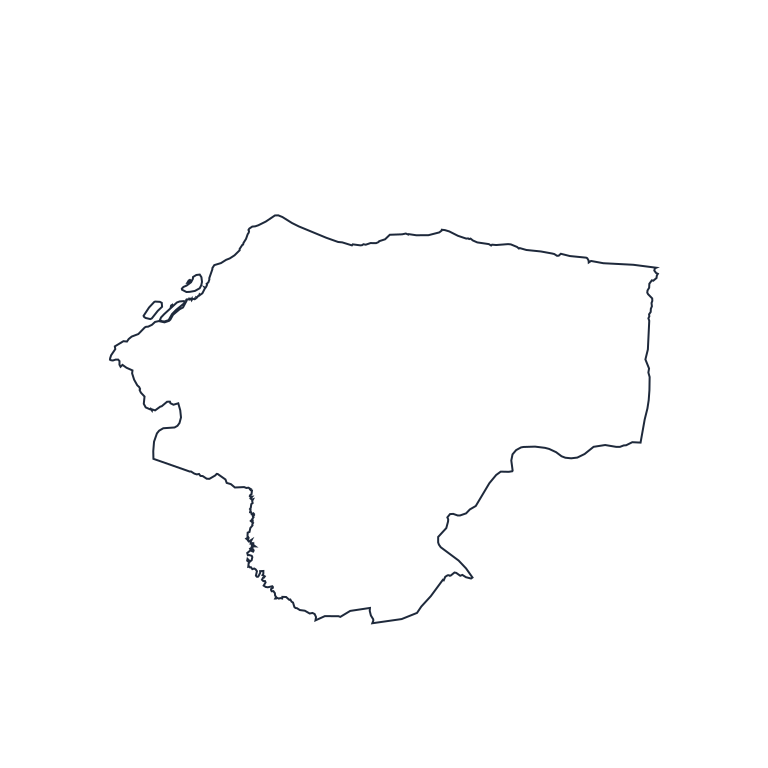 outline of Tanah Bumbu, Kalimantan Selatan, Indonesia, rotated 211°
{"feature_id": "22746128B5843223707622", "entity_name": "Tanah Bumbu", "entity_type": "district", "adm_level": 2, "iso_a3": "IDN", "parent_name": "Indonesia", "parent_adm1": "Kalimantan Selatan", "projection": "albers", "projection_center": [115.836, -3.459], "detail": "fine", "context": "isolated", "style": "outline", "palette": "slate", "viewbox_px": 768, "rotation_deg": 211, "n_neighbors": 0, "source": "geoboundaries", "source_scale": "gbopen_adm2", "svg_char_len": 6171}
<svg xmlns="http://www.w3.org/2000/svg" viewBox="0 0 768 768"><g transform="rotate(211 384 384)"><path d="M133.9,465.9L142.3,487.9L145.6,498.7L148.8,506.5L153.3,515.4L159.9,526.8L163.3,530.0L164.8,533.8L172.6,539.7L175.6,549.5L189.2,574.8L191.2,576.5L191.4,578.6L192.7,580.3L192.5,583.1L194.0,585.9L194.4,588.6L196.4,591.2L196.8,593.4L198.2,595.5L203.9,597.0L205.4,597.9L206.3,599.9L206.3,603.1L208.2,606.6L207.8,610.8L206.4,611.2L205.0,615.2L206.0,617.5L206.0,619.5L207.9,619.3L210.7,620.4L211.4,622.6L210.5,623.9L231.7,614.6L258.2,600.5L269.9,596.1L271.1,593.6L272.2,595.2L274.6,596.5L275.8,596.4L290.6,589.4L299.5,586.7L300.3,584.0L301.7,583.0L305.0,583.1L307.2,582.4L317.8,578.4L331.0,572.2L337.7,570.4L338.1,569.6L340.5,570.0L347.2,569.0L349.7,567.8L359.4,560.9L363.1,559.1L363.5,557.9L366.2,557.9L377.0,553.4L381.7,552.8L384.7,553.2L385.6,552.1L386.9,552.1L388.4,551.0L391.5,550.3L397.0,549.1L406.6,548.4L411.0,547.3L413.9,546.0L413.6,545.2L414.7,542.4L422.6,534.4L433.0,528.1L440.0,525.2L440.1,524.6L442.8,524.2L445.6,521.6L455.9,514.9L457.6,508.6L461.7,503.9L461.8,502.8L463.3,500.7L468.2,497.8L471.4,494.0L473.6,493.2L474.3,491.7L475.6,490.7L482.7,487.6L482.9,486.3L492.7,483.9L496.5,482.1L508.9,479.6L538.2,475.2L545.8,474.6L557.1,474.8L561.5,474.1L564.3,472.3L569.0,462.3L573.5,455.3L575.6,452.8L578.0,451.1L579.5,447.8L579.5,446.2L578.4,445.5L577.9,444.0L578.0,442.2L577.0,437.3L577.1,432.5L576.6,431.0L577.1,430.2L577.3,425.4L576.6,424.3L578.4,417.3L580.9,412.2L583.3,409.1L586.0,403.7L590.7,398.5L590.8,395.0L590.2,393.9L588.3,384.8L587.5,383.6L586.9,380.7L587.6,378.5L586.8,378.0L586.5,375.8L586.6,374.5L587.3,374.4L586.8,374.2L586.4,368.2L587.6,365.5L588.2,365.7L587.9,364.6L588.5,364.2L588.9,361.8L589.5,361.7L589.1,361.2L589.5,360.0L590.1,360.0L590.1,359.1L592.1,358.4L592.1,357.5L592.6,358.1L592.6,357.3L593.1,357.7L593.9,357.4L594.0,356.5L594.9,356.7L594.8,356.0L596.4,355.1L596.2,353.8L596.8,354.0L596.8,353.8L596.1,353.5L595.7,346.1L597.7,342.8L600.5,334.7L600.3,329.1L600.8,327.4L603.9,323.8L609.5,321.9L612.2,319.3L613.4,315.2L615.7,311.7L617.5,310.4L618.2,309.2L620.3,300.3L624.7,294.7L626.0,291.1L626.2,288.0L629.4,286.5L634.1,277.6L632.3,275.5L632.7,268.1L632.0,265.0L631.4,263.7L630.1,263.8L628.5,264.5L626.6,266.7L624.5,268.0L622.5,267.4L620.7,264.3L618.7,263.1L618.0,265.7L613.1,265.3L606.6,266.1L605.4,263.4L600.4,259.0L594.8,255.8L592.3,255.3L590.5,254.1L590.4,253.0L588.0,251.4L582.8,249.9L579.7,243.3L576.2,241.2L571.5,241.8L571.3,242.6L569.2,241.7L569.6,242.8L566.6,243.5L564.1,249.4L563.1,250.4L560.8,257.1L558.4,258.6L557.2,257.5L553.8,257.8L550.4,261.5L545.1,256.5L540.8,250.8L539.2,245.2L539.5,241.8L541.1,238.9L550.4,232.4L552.7,228.2L553.2,224.7L551.4,216.1L547.2,207.6L543.1,201.1L505.4,208.9L504.4,209.6L500.4,209.5L497.9,210.1L496.2,211.6L494.0,210.7L492.0,211.7L487.2,211.5L484.8,212.8L481.6,218.6L481.1,220.8L480.2,221.2L470.7,220.5L467.9,218.2L463.7,219.3L458.5,218.5L450.8,223.6L448.4,224.0L446.8,225.3L444.2,225.3L444.4,224.6L443.3,224.3L442.3,224.7L440.8,221.2L441.4,220.1L441.3,218.8L440.4,218.5L439.0,219.5L439.4,217.1L437.7,216.9L436.9,217.8L436.8,215.9L435.3,214.3L435.9,212.7L434.4,209.2L434.5,207.8L433.6,207.5L432.8,205.3L432.2,205.8L430.5,204.3L429.4,205.9L428.3,205.5L428.3,204.4L429.2,204.7L429.3,204.2L428.4,203.4L427.9,203.6L428.0,202.8L427.2,202.4L427.4,200.6L425.9,199.0L426.0,198.5L427.5,198.8L427.7,198.0L424.7,197.5L424.7,196.0L423.9,195.1L424.4,191.7L423.1,187.9L424.3,186.4L422.6,183.2L421.8,183.0L421.6,182.4L422.4,180.5L421.6,180.4L420.6,181.6L420.1,179.8L418.7,179.4L417.2,182.4L417.1,180.5L416.1,178.5L415.1,179.5L414.2,177.7L413.7,179.7L413.0,178.7L410.7,178.5L412.0,177.8L414.0,173.8L413.5,173.5L412.2,174.7L410.9,174.9L409.9,174.0L409.9,172.9L412.8,172.6L414.2,168.7L412.5,167.1L411.6,167.9L408.9,168.6L407.7,167.8L406.7,164.8L407.4,162.9L410.9,163.8L410.3,162.1L407.6,161.7L407.6,160.4L406.2,157.4L405.5,158.1L404.6,157.7L403.7,158.4L401.5,157.5L400.2,159.0L398.6,159.0L396.5,158.1L395.1,153.8L393.8,153.3L392.8,153.8L392.6,154.9L392.9,158.5L393.8,159.8L391.1,161.6L389.6,159.0L389.7,157.6L387.1,157.7L387.2,156.2L387.9,155.5L387.8,153.4L385.9,152.9L384.5,153.8L383.3,152.9L383.3,149.2L380.9,149.1L378.9,149.9L375.6,153.1L374.9,152.9L374.3,152.1L375.2,150.1L374.8,149.3L373.5,148.5L372.1,149.5L369.8,148.5L368.4,146.6L366.8,145.9L366.7,144.1L366.0,144.5L365.7,145.6L363.6,145.9L362.6,147.1L360.8,147.7L361.5,149.2L358.2,151.0L354.0,150.2L353.3,151.0L351.1,149.8L349.4,149.8L346.0,146.7L344.5,146.4L343.1,147.0L339.7,146.9L335.1,148.9L329.5,149.0L327.4,150.9L325.0,151.1L322.2,149.2L321.0,146.1L315.2,154.5L303.5,161.5L301.5,161.9L296.1,172.1L280.7,184.8L279.4,182.2L276.0,178.8L272.1,176.8L271.3,175.7L270.8,172.9L247.8,191.6L237.8,204.8L237.4,212.5L234.6,226.3L232.7,246.5L231.7,246.5L232.2,250.3L231.0,252.7L229.9,253.5L228.8,253.5L228.1,254.3L226.5,258.7L224.8,259.3L219.9,258.9L218.5,260.7L214.2,260.6L209.2,262.1L208.5,263.7L218.7,268.2L229.1,271.1L251.3,273.3L254.2,274.6L256.0,276.1L258.8,280.8L256.4,292.6L258.3,299.2L259.3,301.1L261.0,302.3L260.4,306.5L257.8,308.3L253.0,309.3L251.1,310.5L247.0,315.4L245.8,320.7L242.5,326.7L242.6,353.2L241.0,363.8L238.8,369.0L231.8,373.0L229.1,375.3L229.2,376.1L235.5,384.0L237.6,389.9L236.7,395.4L233.9,400.2L232.1,401.8L222.3,408.1L213.1,412.2L209.0,413.4L201.3,414.2L194.6,413.5L190.6,414.2L185.3,416.7L180.4,420.5L176.0,427.3L172.0,438.1L163.0,445.6L152.6,449.7L149.4,451.6L146.9,454.8L144.9,456.2L141.2,462.0L133.9,465.9ZM598.3,382.9L601.0,380.8L602.8,377.4L602.0,375.7L601.8,371.8L603.9,366.7L605.9,363.9L606.4,361.6L605.7,360.8L600.7,361.1L597.9,363.0L594.0,366.4L591.3,371.1L591.5,374.5L592.6,377.8L595.5,381.5L598.3,382.9ZM618.4,339.0L622.6,336.8L623.2,336.0L624.8,328.6L625.2,318.6L624.4,318.0L622.4,317.8L617.7,319.3L616.8,320.7L615.6,330.1L614.0,335.9L616.3,339.1L618.4,339.0ZM598.2,352.0L601.7,349.5L603.5,347.2L608.4,330.7L609.4,326.2L609.0,323.2L606.3,323.6L604.4,324.5L601.5,327.8L601.7,334.8L600.4,340.3L596.9,350.1L597.0,351.1L598.2,352.0ZM604.0,373.3L604.7,372.1L604.7,369.7L602.8,371.7L603.2,373.2L604.0,373.3ZM606.3,342.8L606.9,341.6L606.4,340.1L605.6,342.0L606.3,342.8Z" fill="none" stroke="#1e293b" stroke-width="2"/></g></svg>